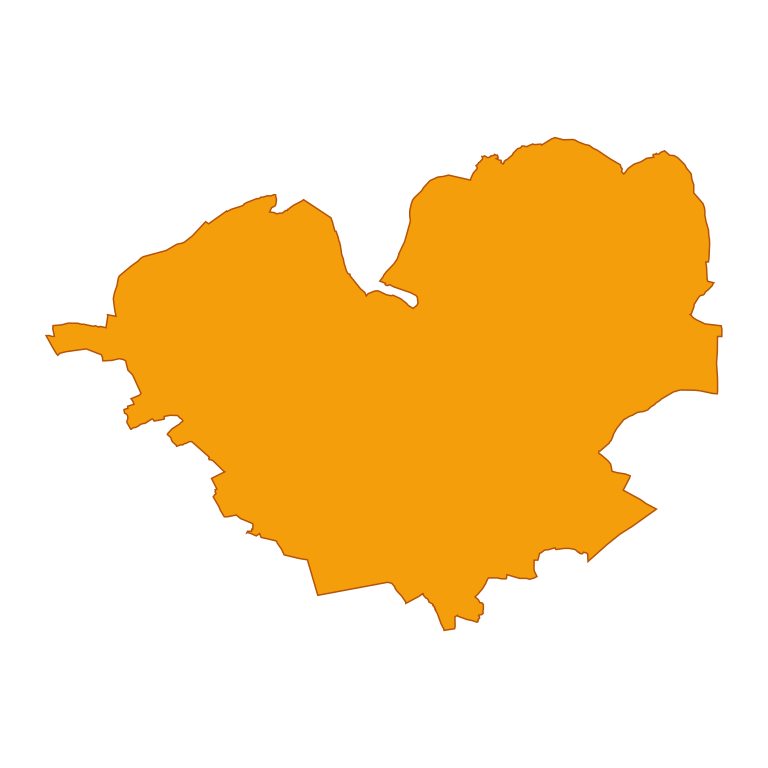 Hodod, Satu Mare, Romania (Equal Earth projection)
{"feature_id": "2599482B11303737226697", "entity_name": "Hodod", "entity_type": "district", "adm_level": 2, "iso_a3": "ROU", "parent_name": "Romania", "parent_adm1": "Satu Mare", "projection": "equal_earth", "projection_center": [23.05, 47.398], "detail": "fine", "context": "isolated", "style": "filled", "palette": "amber", "viewbox_px": 768, "rotation_deg": 0, "n_neighbors": 0, "source": "geoboundaries", "source_scale": "gbopen_adm2", "svg_char_len": 6112}
<svg xmlns="http://www.w3.org/2000/svg" viewBox="0 0 768 768"><path d="M454.6,628.7L455.1,626.7L454.9,616.9L457.3,615.3L457.8,616.2L466.9,619.5L472.3,620.6L477.0,622.2L477.8,621.7L478.2,620.9L477.8,620.0L479.6,618.1L479.5,617.0L478.6,615.6L478.9,615.0L481.7,614.6L483.1,613.5L482.9,610.8L483.4,609.3L483.3,604.3L482.0,602.9L479.9,602.6L478.2,599.5L475.0,596.9L477.6,594.5L482.5,588.7L485.6,583.7L487.5,579.3L488.5,577.9L497.6,577.9L500.6,578.7L505.3,578.9L506.4,578.6L506.9,574.7L519.7,578.4L526.7,578.4L529.6,579.3L534.1,578.0L537.0,576.5L534.4,571.3L534.0,569.5L534.1,560.2L537.9,560.1L539.6,553.3L540.7,553.0L544.8,550.0L548.1,549.8L555.0,547.8L555.7,549.4L556.1,549.5L564.4,548.4L569.0,548.4L574.2,549.3L575.5,549.8L578.4,552.4L579.1,552.3L579.6,553.3L581.5,553.8L582.5,553.7L583.5,552.2L586.3,552.9L587.7,553.9L588.0,561.5L607.1,544.5L620.0,534.1L632.5,526.2L656.4,509.1L645.9,503.5L640.5,499.6L623.2,490.2L629.5,478.1L630.2,475.8L625.0,473.9L617.2,472.7L612.1,471.3L610.6,464.0L608.1,460.9L601.6,455.2L598.7,453.2L599.0,451.1L600.1,451.0L609.3,443.0L609.8,441.6L611.1,440.6L613.0,436.0L613.4,434.3L616.7,428.5L623.7,419.7L629.7,416.2L632.6,415.2L635.8,413.2L638.4,412.2L643.5,411.5L647.9,409.8L650.7,407.0L654.5,404.6L656.3,402.7L659.7,400.6L661.5,398.9L673.5,391.9L680.2,390.0L694.5,390.2L700.3,390.8L712.9,393.5L717.3,393.8L717.6,390.7L717.5,377.9L716.5,363.0L717.3,352.6L717.5,336.5L721.8,336.5L721.9,329.4L721.2,325.8L705.0,323.9L696.2,319.7L692.7,317.3L690.9,315.0L690.1,314.6L691.3,314.0L693.8,307.2L694.2,304.4L698.5,297.5L700.3,295.6L703.3,294.9L704.2,294.2L705.6,291.8L708.4,289.6L712.3,285.6L712.8,283.9L713.8,282.8L707.7,281.3L707.1,278.7L706.6,267.7L705.8,262.0L708.5,261.9L709.0,257.5L709.6,244.6L709.5,239.6L708.8,235.6L708.5,230.1L706.0,221.4L704.8,214.9L704.9,211.0L704.4,207.6L703.0,203.6L693.7,192.8L693.8,185.0L691.9,179.4L691.1,173.7L686.7,168.4L684.6,164.5L677.9,157.8L674.1,155.6L669.6,155.2L664.6,150.8L660.8,152.3L658.7,154.1L657.4,154.3L656.3,153.4L655.6,154.2L653.2,154.5L653.0,155.1L653.8,157.2L646.7,158.3L640.9,161.8L634.0,164.2L628.2,168.4L624.9,172.8L623.7,173.9L621.6,171.8L622.2,168.7L620.9,167.1L620.3,164.8L609.9,158.7L597.0,150.0L593.5,148.5L589.1,145.3L585.3,144.6L578.2,141.9L575.2,140.1L572.8,139.5L563.5,139.8L555.0,137.6L551.4,139.0L541.6,145.1L541.3,144.3L540.6,144.1L534.7,144.6L532.6,144.0L526.5,146.7L524.1,146.0L521.9,146.0L520.6,147.8L517.6,148.7L513.0,153.4L512.8,154.5L506.7,159.9L506.1,159.8L504.2,161.4L504.2,162.6L503.6,162.9L503.3,163.9L500.9,162.7L501.3,161.4L501.0,160.3L499.6,160.3L496.3,158.7L498.3,157.8L497.3,155.1L496.2,155.3L494.6,154.4L494.0,155.2L490.6,156.1L489.9,157.0L488.3,157.5L487.0,157.4L484.7,155.9L482.9,156.6L482.0,156.5L482.6,158.3L482.3,159.2L479.7,162.1L478.7,162.6L477.6,164.5L476.0,165.6L477.2,167.5L477.2,168.6L473.4,172.9L471.0,177.9L470.5,180.1L448.5,175.1L443.6,176.4L437.7,177.1L429.9,180.7L423.4,187.8L421.8,190.6L414.4,197.7L412.6,200.1L411.2,204.2L409.8,210.5L409.7,215.7L410.4,221.1L404.7,241.5L398.8,253.8L398.7,254.9L397.1,259.2L393.7,264.1L386.4,271.7L383.9,275.0L382.8,277.3L379.8,281.1L385.4,283.3L385.1,284.3L385.8,285.2L387.5,285.6L389.8,284.7L393.6,286.8L410.4,292.6L415.9,295.4L417.3,297.1L418.0,303.3L416.8,305.4L413.1,308.4L408.3,305.5L406.6,303.4L400.6,298.7L392.9,295.2L391.6,295.7L386.7,294.9L378.1,290.8L374.8,291.0L368.2,293.6L366.3,295.9L364.8,292.5L360.5,288.8L350.2,276.0L350.0,274.3L348.1,273.8L346.5,271.0L344.1,263.3L343.3,258.9L341.7,254.6L340.4,245.5L339.4,241.6L338.9,241.0L338.2,237.4L336.0,231.2L334.9,231.1L332.3,221.5L330.9,217.8L303.6,199.7L301.7,201.1L293.7,205.2L289.6,208.1L289.0,209.0L287.6,209.4L287.4,210.5L285.4,210.6L282.4,213.1L279.2,213.2L276.8,213.9L274.3,212.6L269.6,212.0L271.6,207.7L274.9,206.0L275.6,205.1L276.5,200.2L276.4,198.7L275.7,196.7L275.7,194.9L274.2,194.6L270.8,195.9L267.1,195.8L262.9,197.2L260.9,197.1L259.1,198.6L256.8,198.6L246.6,202.6L244.0,204.1L242.9,205.6L231.3,209.3L227.2,211.5L226.6,211.0L208.6,223.8L205.6,221.7L192.4,235.9L184.5,242.1L182.3,243.1L176.7,244.3L166.2,250.5L143.3,256.7L141.0,258.1L137.8,261.3L130.6,266.5L119.3,276.0L118.4,278.0L116.8,286.3L114.6,292.4L113.3,298.6L114.8,310.3L116.0,316.3L107.5,314.7L107.5,315.1L107.9,315.2L106.0,327.7L100.1,326.4L99.1,327.2L95.4,325.7L93.6,326.3L83.4,324.2L81.4,324.3L78.1,323.3L68.3,323.1L61.3,324.9L53.0,325.6L52.8,328.9L54.4,336.2L52.3,336.5L49.1,335.5L46.1,335.6L52.9,347.9L56.5,353.8L57.8,355.3L59.8,353.3L66.0,351.7L86.2,348.9L101.4,354.8L102.6,357.9L102.6,360.1L103.0,360.9L111.8,360.4L119.3,358.7L123.6,359.6L125.7,361.0L127.9,370.1L132.6,374.9L141.0,393.3L139.7,395.1L131.0,398.7L132.9,401.3L134.0,404.2L127.6,406.3L127.9,408.4L124.2,409.4L123.9,409.8L124.6,413.2L126.6,414.1L127.6,415.8L127.9,417.4L127.6,419.6L127.0,420.8L126.9,422.4L130.7,429.2L131.3,429.2L133.0,427.8L135.4,427.5L138.7,425.9L140.3,424.5L142.7,423.6L145.0,423.4L152.0,418.9L152.9,419.2L154.2,421.1L164.0,419.2L164.4,418.7L164.1,416.8L164.3,416.4L170.2,415.3L177.5,415.5L180.2,418.2L181.7,419.1L182.9,420.8L182.6,421.5L180.8,422.5L179.7,423.9L172.0,428.9L168.3,432.9L167.4,434.1L167.5,434.7L170.9,437.6L171.3,439.5L172.3,441.6L176.2,445.2L176.6,446.3L181.1,444.7L182.6,445.0L184.6,443.5L185.7,443.5L189.0,441.8L191.0,441.5L192.2,442.0L208.8,456.7L209.4,457.5L208.7,458.3L209.1,459.6L211.1,459.8L213.1,460.8L223.2,470.7L224.8,471.8L211.5,478.4L216.9,489.1L215.1,489.8L215.5,491.2L215.1,491.7L216.0,493.7L214.8,494.6L213.2,496.9L218.9,506.6L220.4,510.4L224.3,516.8L227.3,516.8L236.4,515.0L240.4,518.5L251.8,523.2L253.0,524.3L252.7,529.2L251.8,529.1L251.6,531.2L247.5,531.3L246.9,532.8L247.4,532.5L251.2,533.6L256.2,535.9L259.6,533.6L261.1,537.4L275.8,540.8L276.7,541.5L277.1,542.8L281.5,549.2L284.2,554.9L299.7,558.6L307.4,559.8L317.8,595.3L387.5,582.3L391.7,583.2L394.8,586.9L395.0,588.2L397.1,591.2L401.6,596.0L405.7,602.0L405.8,603.4L419.1,596.3L422.7,593.6L423.3,593.8L422.9,594.6L425.8,598.0L427.6,598.8L429.2,602.2L432.6,604.0L433.1,604.7L432.8,605.5L434.6,606.7L434.3,607.4L435.5,609.1L435.0,609.4L437.3,613.4L441.2,624.1L443.6,628.6L444.1,630.4L454.6,628.7Z" fill="#f59e0b" stroke="#b45309" stroke-width="1.5"/></svg>